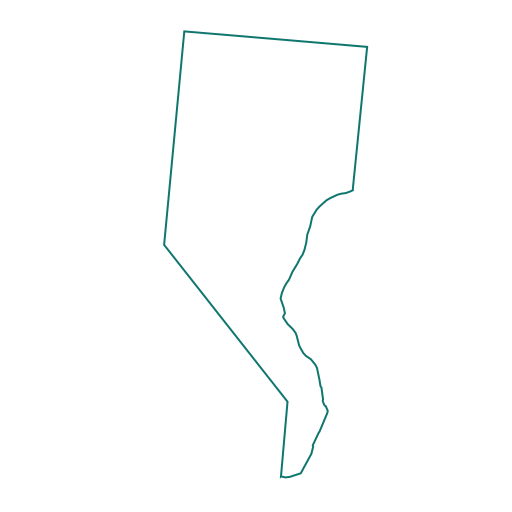 Pope, Illinois, United States of America, rotated 5°
{"feature_id": "52423323B18318223165112", "entity_name": "Pope", "entity_type": "district", "adm_level": 2, "iso_a3": "USA", "parent_name": "United States of America", "parent_adm1": "Illinois", "projection": "equal_earth", "projection_center": [-88.477, 37.334], "detail": "fine", "context": "isolated", "style": "outline", "palette": "teal", "viewbox_px": 512, "rotation_deg": 5, "n_neighbors": 0, "source": "geoboundaries", "source_scale": "gbopen_adm2", "svg_char_len": 941}
<svg xmlns="http://www.w3.org/2000/svg" viewBox="0 0 512 512"><g transform="rotate(5 256 256)"><path d="M165.0,38.5L163.5,252.9L300.1,398.4L300.1,473.5L300.2,473.4L304.7,474.0L308.9,473.1L319.5,468.6L328.4,448.2L329.6,440.7L329.1,440.1L329.1,439.5L333.9,426.5L334.6,425.4L340.7,406.2L341.0,404.1L338.7,399.7L337.5,399.0L336.6,397.7L335.1,394.6L335.3,393.1L332.7,381.5L331.6,380.1L330.1,374.1L326.5,362.2L324.7,359.3L319.6,354.0L314.5,351.2L311.6,348.6L307.6,342.8L306.6,340.9L303.4,331.7L302.0,329.0L298.8,325.4L293.6,321.2L289.1,315.8L288.3,314.2L289.8,310.5L288.1,305.0L284.2,296.3L285.0,290.6L286.9,284.4L288.7,280.5L290.9,276.8L293.7,268.6L297.7,260.5L300.1,254.5L302.2,250.8L303.7,245.9L304.9,238.3L305.2,230.3L307.4,221.8L308.6,212.1L312.5,204.4L315.2,200.9L321.3,194.4L325.0,191.8L331.7,187.9L335.5,186.5L339.9,185.5L344.5,183.4L346.8,182.0L346.6,181.0L348.5,38.0L165.0,38.5Z" fill="none" stroke="#0f766e" stroke-width="2"/></g></svg>